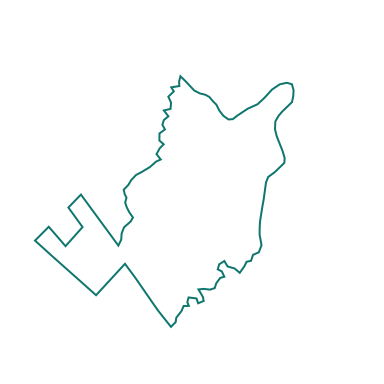 Saudade do Iguaçu, Paraná, Brazil (Albers equal-area conic projection), rotated 46°
{"feature_id": "56859067B21395329583360", "entity_name": "Saudade do Iguaçu", "entity_type": "district", "adm_level": 2, "iso_a3": "BRA", "parent_name": "Brazil", "parent_adm1": "Paraná", "projection": "albers", "projection_center": [-52.606, -25.705], "detail": "fine", "context": "isolated", "style": "outline", "palette": "teal", "viewbox_px": 384, "rotation_deg": 46, "n_neighbors": 0, "source": "geoboundaries", "source_scale": "gbopen_adm2", "svg_char_len": 1624}
<svg xmlns="http://www.w3.org/2000/svg" viewBox="0 0 384 384"><g transform="rotate(46 192 192)"><path d="M278.6,179.0L269.4,172.8L264.4,167.8L260.6,163.7L251.8,152.1L247.2,145.7L236.6,132.2L234.1,126.8L235.2,118.8L235.2,105.4L232.0,101.8L225.5,98.4L214.8,94.0L210.7,92.3L204.5,88.7L199.1,83.0L197.4,77.0L196.8,71.5L196.8,57.7L193.5,52.7L189.3,48.2L183.9,45.3L179.3,47.9L175.5,54.1L173.9,63.1L174.6,74.6L174.4,83.9L170.8,94.0L168.6,105.9L167.9,112.1L165.1,115.4L159.0,116.5L152.5,115.8L146.1,113.8L141.4,113.9L135.7,113.5L131.2,114.9L126.7,117.8L120.5,119.9L108.6,119.7L100.7,119.9L103.7,124.7L107.0,127.5L102.3,134.2L107.0,135.2L107.0,142.8L113.2,145.0L117.3,149.7L113.8,155.6L121.1,156.4L120.7,162.3L123.1,166.6L128.2,168.0L127.3,174.7L132.3,179.7L138.0,179.2L138.1,184.7L140.1,191.2L146.9,191.9L145.2,196.7L144.8,205.0L142.7,214.2L140.9,220.3L141.2,227.4L142.7,232.9L142.9,239.5L146.8,241.9L150.6,243.1L153.2,247.4L157.5,249.5L163.1,251.2L169.3,252.2L170.6,256.5L170.2,265.5L173.0,271.5L177.1,276.0L179.4,282.2L116.7,273.7L117.3,291.7L141.2,295.1L143.1,320.6L117.5,319.2L117.9,338.7L133.8,337.6L138.8,337.3L176.8,334.4L199.6,332.7L197.1,290.1L214.6,292.4L248.6,298.0L254.7,298.9L274.4,300.8L274.2,294.1L271.5,290.6L270.4,282.5L268.2,277.2L271.7,273.4L268.0,271.9L265.5,267.7L271.7,262.7L276.3,264.9L278.5,259.3L274.9,257.0L266.6,255.0L269.9,250.8L274.8,246.8L276.9,242.4L274.5,237.9L273.4,231.4L275.4,227.6L269.8,225.7L265.5,227.2L262.9,222.7L264.1,216.7L270.4,218.1L276.5,214.5L283.3,213.8L281.8,205.9L280.1,201.2L282.5,197.4L279.6,191.7L281.8,185.9L278.6,179.0Z" fill="none" stroke="#0f766e" stroke-width="2"/></g></svg>